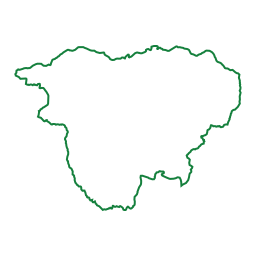 Mweka, Kasaï-Occidental, Democratic Republic of the Congo
{"feature_id": "63176286B85649689551019", "entity_name": "Mweka", "entity_type": "district", "adm_level": 2, "iso_a3": "COD", "parent_name": "Democratic Republic of the Congo", "parent_adm1": "Kasaï-Occidental", "projection": "orthographic", "projection_center": [21.572, -4.65], "detail": "fine", "context": "isolated", "style": "outline", "palette": "green", "viewbox_px": 256, "rotation_deg": 0, "n_neighbors": 0, "source": "geoboundaries", "source_scale": "gbopen_adm2", "svg_char_len": 5718}
<svg xmlns="http://www.w3.org/2000/svg" viewBox="0 0 256 256"><path d="M18.2,69.4L17.9,69.9L16.6,70.5L16.4,71.0L16.4,72.7L15.4,74.0L15.4,74.5L15.8,75.1L15.8,75.6L18.8,77.0L20.4,78.8L25.7,78.5L26.3,78.7L26.5,79.5L25.9,84.0L27.3,84.7L28.0,84.8L28.5,84.7L29.0,85.0L30.6,84.5L31.6,84.6L32.8,85.2L33.8,84.4L34.3,84.4L34.8,84.9L35.6,84.8L36.0,85.1L37.2,85.2L37.8,84.2L38.1,84.0L39.5,83.8L39.8,84.0L40.0,85.8L39.5,87.4L39.6,88.0L40.1,88.2L41.9,87.9L43.3,88.0L44.0,88.6L45.3,90.5L46.3,91.7L48.1,94.8L48.4,95.8L48.1,103.6L47.6,104.8L43.8,107.3L42.8,107.7L42.1,108.6L40.5,109.4L40.1,110.5L38.9,111.0L39.1,111.8L38.6,115.1L38.0,116.7L39.3,117.4L40.5,117.6L41.1,117.9L41.4,118.5L41.9,118.8L43.8,121.0L44.5,121.3L45.0,121.2L45.6,120.5L46.2,120.6L46.6,120.1L46.8,120.1L46.8,120.8L47.0,121.1L48.9,122.2L51.3,124.4L52.1,124.5L52.9,124.0L53.8,124.0L55.1,124.1L55.9,124.7L57.0,124.3L58.4,124.4L59.6,124.8L60.4,124.5L61.4,124.7L61.7,124.4L62.6,124.4L64.4,125.2L64.9,125.8L65.3,127.2L65.8,127.4L66.4,128.1L66.7,130.0L67.7,131.3L67.8,132.3L67.0,133.7L66.5,136.4L65.5,137.5L65.1,138.3L65.0,139.3L65.8,140.9L66.0,141.8L65.8,143.1L66.2,143.9L66.4,145.8L66.9,147.7L67.7,149.2L67.6,150.6L68.2,151.8L68.2,154.3L67.4,156.5L66.9,159.5L67.5,160.9L68.0,161.2L68.2,163.3L69.1,165.4L69.2,166.8L69.8,167.6L71.4,168.6L72.7,171.4L72.6,174.5L73.8,175.3L74.1,175.8L74.1,176.7L74.7,178.2L74.8,179.0L74.6,179.9L75.4,182.7L76.3,183.6L76.9,184.8L77.7,185.1L78.7,186.4L80.6,186.5L80.9,186.7L81.2,187.4L81.3,189.4L82.3,190.6L82.7,190.8L83.8,190.5L84.5,190.6L84.7,191.4L85.3,192.3L86.0,195.3L86.7,195.8L87.1,197.1L87.5,197.5L88.5,197.4L89.0,197.6L89.4,198.2L89.6,199.4L90.4,200.4L92.1,199.9L91.9,200.7L92.8,202.2L93.3,202.3L94.9,201.4L95.7,203.7L96.5,204.2L97.0,205.3L99.3,206.3L102.8,209.9L104.0,209.3L104.7,209.3L105.3,209.6L106.2,209.5L107.3,209.0L108.0,208.9L108.8,208.3L109.4,208.4L110.2,207.7L110.9,207.8L111.3,208.5L112.0,208.5L112.4,207.7L112.8,205.9L113.4,205.9L114.1,206.5L114.8,206.8L115.5,206.8L116.6,206.2L117.5,206.6L119.2,207.0L120.0,206.1L120.4,206.1L122.5,207.6L122.9,208.1L123.4,209.6L124.2,210.0L125.6,210.0L126.0,209.6L126.8,207.7L127.7,206.7L128.1,206.7L129.6,208.1L130.5,208.6L131.2,208.5L131.7,208.2L133.1,206.8L133.1,206.1L134.3,205.3L134.7,204.3L134.8,201.3L134.4,199.7L134.6,196.9L136.9,194.4L137.6,192.2L137.5,191.7L139.1,187.3L140.8,184.7L141.1,183.4L141.2,180.8L140.5,177.5L140.8,175.8L142.3,175.7L142.9,175.9L148.2,177.6L148.9,178.2L151.4,179.0L152.4,179.3L154.0,179.2L154.9,177.8L154.7,176.7L155.1,176.0L155.2,174.5L155.5,173.8L156.1,173.4L156.6,172.4L158.4,172.2L159.4,171.2L159.9,171.2L161.0,171.5L163.2,171.5L163.8,172.0L163.9,172.9L163.5,173.4L162.2,173.9L161.8,174.4L161.9,175.0L162.3,175.6L166.6,177.6L169.3,178.7L170.2,178.9L173.6,178.7L175.8,178.2L177.3,177.4L177.9,177.3L179.7,177.7L180.7,179.7L181.2,181.9L181.4,185.7L182.9,184.5L186.0,183.0L188.2,180.1L189.0,177.3L189.5,174.4L189.8,173.5L190.9,172.4L191.3,171.8L191.2,170.5L190.8,169.6L192.0,168.1L192.4,166.8L191.3,165.9L189.6,165.0L189.2,162.9L189.8,159.7L188.8,158.5L187.4,157.7L186.7,155.5L187.5,154.5L187.9,154.4L188.8,153.2L190.5,151.8L191.1,150.6L191.7,150.1L193.3,149.2L194.2,149.1L195.1,149.4L195.7,148.9L197.6,148.4L198.3,147.9L199.0,146.6L200.0,146.0L201.1,144.6L201.7,144.2L203.7,143.6L203.7,142.1L204.3,141.5L203.9,141.0L204.1,140.6L204.0,139.9L203.1,139.8L202.5,138.1L201.4,137.7L201.2,136.5L201.5,136.1L203.1,136.0L204.6,135.3L205.3,135.2L206.7,134.2L207.3,132.0L207.4,130.6L207.6,130.1L209.2,129.3L210.3,127.8L210.8,125.7L211.1,125.2L212.7,125.7L213.3,126.3L215.0,126.1L216.2,126.7L217.4,126.2L218.0,126.5L218.7,126.1L219.3,126.0L219.9,126.5L220.2,126.5L220.5,127.1L221.0,127.2L222.8,126.8L223.2,126.6L224.0,125.1L224.4,124.8L226.2,124.4L227.5,124.6L228.2,122.1L229.6,119.3L229.4,118.5L230.0,117.7L230.1,116.5L230.6,115.4L230.9,113.6L231.3,113.2L231.8,111.2L232.8,110.3L233.8,109.8L234.9,109.7L237.8,106.9L239.8,103.6L239.5,101.6L239.9,99.6L239.7,96.3L240.6,92.7L239.7,90.7L240.4,89.0L240.5,87.2L239.9,85.7L240.2,84.3L239.8,83.5L240.0,82.8L239.8,82.2L239.8,80.5L238.9,77.8L239.4,74.6L238.0,73.3L236.9,73.2L235.5,72.4L232.6,69.9L230.3,70.2L227.7,68.5L225.9,68.4L225.0,68.1L223.2,65.4L222.5,64.9L221.4,63.6L220.5,62.9L217.5,61.8L216.4,60.6L215.5,57.9L214.8,57.0L214.3,55.3L213.4,53.7L212.0,52.2L209.6,50.8L206.6,50.6L205.6,50.9L203.7,52.4L202.2,52.9L201.2,53.8L198.5,54.7L197.2,55.7L196.7,55.8L195.9,55.7L193.4,54.4L191.3,53.9L190.6,53.1L189.1,50.1L188.3,49.5L187.1,49.0L184.3,48.6L183.2,47.9L180.9,47.5L179.9,47.2L178.0,47.3L176.8,46.4L176.1,46.5L169.1,50.8L167.9,50.9L165.5,50.0L162.8,49.7L162.3,48.9L161.2,48.7L160.3,47.8L159.3,47.8L157.8,49.0L157.4,49.0L157.2,48.7L157.9,47.0L157.5,46.3L156.8,46.0L153.9,46.0L151.5,46.7L151.4,47.2L151.5,48.1L151.0,49.8L150.5,50.1L149.8,49.9L148.3,49.0L147.1,49.2L146.0,49.9L145.9,51.3L145.0,52.0L142.0,53.2L141.2,53.3L140.1,53.2L139.3,52.9L138.4,52.9L137.7,52.5L136.9,52.5L135.1,53.2L131.8,56.2L130.9,56.8L129.9,57.0L129.4,57.4L128.9,57.2L128.9,55.1L128.6,54.7L127.9,54.7L125.5,56.9L125.2,57.5L125.0,58.4L124.6,58.4L123.4,57.6L122.3,57.5L121.8,57.6L121.1,58.3L120.2,58.7L117.1,58.6L116.1,58.8L114.1,59.9L112.2,60.0L110.5,59.3L109.9,58.8L109.2,57.5L108.2,56.7L105.3,55.1L104.6,54.4L104.2,52.9L103.8,52.5L99.8,53.0L96.4,52.1L94.4,50.7L92.1,50.7L90.3,50.3L86.5,48.5L85.0,48.0L83.2,47.1L78.9,47.1L78.1,47.3L75.2,49.8L73.1,50.6L72.2,50.8L70.6,50.4L69.7,50.4L68.9,49.9L67.5,49.9L63.4,52.4L62.0,53.7L60.4,54.5L58.9,56.2L58.1,56.5L56.6,57.9L55.7,58.2L54.8,59.0L53.3,59.4L52.4,59.9L51.0,63.3L50.7,64.7L50.1,65.1L48.7,64.6L46.1,65.9L43.5,65.7L41.2,63.8L37.5,63.7L35.8,64.2L32.8,65.7L30.3,67.8L28.9,68.2L28.1,68.1L27.3,68.3L26.2,68.0L24.0,68.3L22.9,68.8L19.7,69.8L18.2,69.4Z" fill="none" stroke="#15803d" stroke-width="2"/></svg>